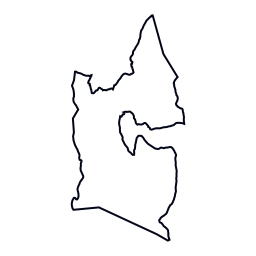 outline of San Pedro Teozacoalco, Oaxaca, Mexico
{"feature_id": "50627088B69168049256602", "entity_name": "San Pedro Teozacoalco", "entity_type": "district", "adm_level": 2, "iso_a3": "MEX", "parent_name": "Mexico", "parent_adm1": "Oaxaca", "projection": "equal_earth", "projection_center": [-97.274, 17.003], "detail": "fine", "context": "isolated", "style": "outline", "palette": "ink", "viewbox_px": 256, "rotation_deg": 0, "n_neighbors": 0, "source": "geoboundaries", "source_scale": "gbopen_adm2", "svg_char_len": 5810}
<svg xmlns="http://www.w3.org/2000/svg" viewBox="0 0 256 256"><path d="M167.9,240.6L168.8,240.1L169.5,239.8L169.4,239.2L169.0,238.6L168.7,237.4L168.4,236.3L168.3,235.2L168.4,233.1L168.2,232.2L168.0,230.3L167.4,229.3L165.3,227.2L164.5,226.8L163.6,225.9L163.1,225.1L162.3,224.1L161.8,223.4L160.9,222.7L159.8,222.3L159.4,221.7L159.2,220.0L159.9,219.3L160.7,217.9L161.5,217.2L163.2,216.0L163.9,215.6L165.9,214.0L166.6,213.2L168.3,209.0L168.7,207.8L169.9,205.8L170.4,204.9L171.7,204.1L172.3,203.1L172.9,201.9L173.3,200.7L174.0,199.4L174.3,197.9L174.9,196.1L175.0,195.1L175.3,193.5L175.6,192.6L175.9,191.6L175.8,189.5L175.6,187.6L175.9,185.9L176.1,184.0L176.4,182.0L176.5,180.3L176.2,178.4L176.5,176.8L176.5,174.4L176.5,173.3L176.7,171.3L176.6,170.5L176.0,167.1L175.7,165.8L175.7,162.1L175.5,160.7L175.3,158.6L175.4,157.5L175.6,156.9L175.9,156.1L176.1,155.3L175.9,154.4L175.4,153.2L174.7,152.0L174.0,150.4L173.9,150.3L173.4,149.5L173.2,149.3L172.4,148.1L171.7,147.5L170.6,147.0L169.3,147.1L167.8,147.5L166.2,147.5L163.7,148.2L162.9,148.0L161.9,147.7L161.1,147.6L160.2,148.0L159.6,148.5L158.4,149.0L156.4,148.8L155.9,148.6L154.9,148.4L147.8,143.7L146.9,142.6L146.2,141.9L144.3,139.6L143.8,138.6L143.2,137.7L142.2,136.6L141.5,135.9L140.4,135.8L139.3,135.8L138.4,135.8L137.6,136.9L137.0,137.6L136.5,138.7L136.4,139.7L135.9,142.0L135.6,143.5L135.3,144.2L135.1,147.1L134.9,148.9L134.5,149.4L134.1,150.2L134.1,151.2L134.2,153.2L134.1,154.8L132.7,154.9L131.3,153.5L130.7,152.7L129.7,152.1L129.0,151.5L128.3,150.7L128.1,149.9L127.8,148.6L127.6,147.9L126.4,146.4L125.4,145.3L124.1,143.1L123.6,141.9L122.9,140.6L122.5,139.6L122.4,138.9L122.7,137.8L122.5,136.9L122.2,136.2L121.4,134.8L121.4,134.2L120.9,133.8L120.1,132.5L120.0,130.5L119.9,130.1L119.9,128.9L120.0,128.1L119.8,127.1L119.6,126.1L119.4,125.4L119.2,124.4L119.1,122.5L119.2,121.8L119.4,120.3L119.7,119.1L120.2,116.2L121.4,116.6L121.5,116.4L121.7,116.2L122.0,115.9L122.4,115.5L122.6,114.5L122.9,114.4L123.2,114.5L123.6,114.3L124.2,114.0L124.3,113.5L124.4,112.9L124.5,112.3L124.5,112.1L124.1,112.3L123.9,112.2L124.8,111.9L125.3,111.7L127.2,111.9L128.1,111.8L129.1,111.6L129.8,111.6L130.4,111.8L131.2,112.5L131.7,113.0L132.3,113.3L133.1,114.4L133.5,115.3L133.9,116.4L134.0,117.3L133.9,117.7L134.0,118.4L134.6,118.9L135.1,119.6L135.5,121.1L135.6,121.8L135.7,122.4L136.1,123.4L136.9,124.2L137.3,124.6L138.2,124.2L139.3,124.3L140.5,124.5L141.6,124.5L143.0,124.0L143.7,123.4L144.4,123.0L145.2,123.0L146.3,123.7L146.7,124.4L147.2,124.9L147.7,125.5L148.1,125.8L148.2,126.9L149.5,127.5L149.8,128.0L150.0,128.8L150.2,129.2L151.7,129.7L153.0,129.2L155.7,128.3L156.6,128.4L157.4,128.2L158.9,128.4L160.4,128.2L161.6,127.9L162.7,127.5L164.2,127.2L165.1,127.3L165.9,127.1L167.1,126.9L168.4,126.5L169.8,126.2L170.6,126.2L171.5,125.7L172.8,125.4L173.9,124.9L175.1,123.9L176.2,123.0L177.9,122.8L180.2,122.9L182.4,123.2L184.2,123.9L184.2,123.2L183.9,121.3L183.8,120.1L183.8,119.1L184.0,116.9L183.6,115.4L183.5,113.9L183.3,112.9L183.0,112.2L182.9,111.5L182.6,109.4L182.2,108.8L181.6,108.5L180.6,108.4L179.8,107.9L178.8,107.3L178.2,107.0L177.7,106.7L176.9,105.5L176.2,104.9L176.0,103.6L176.6,102.2L177.5,100.1L177.8,98.0L177.4,96.3L176.5,95.3L176.2,93.7L175.8,92.6L175.5,91.5L175.4,89.9L174.6,87.3L174.2,86.4L174.2,85.4L174.1,84.2L173.7,83.4L174.3,81.5L174.9,80.3L175.6,79.5L176.2,78.6L177.6,77.1L163.4,54.0L152.7,15.4L152.1,15.4L151.3,15.8L151.1,16.5L149.9,17.2L148.2,18.9L146.4,20.7L145.6,22.3L144.9,23.5L144.3,24.6L143.5,25.9L143.1,27.2L142.5,28.5L141.8,29.7L141.2,30.5L140.7,32.8L140.4,34.6L140.3,36.9L139.7,39.2L139.2,39.6L138.5,42.7L138.1,43.5L136.4,46.2L135.5,47.7L134.6,49.5L133.8,50.5L133.4,51.1L133.0,51.8L133.0,53.4L132.6,54.7L132.1,55.4L131.4,56.1L130.8,57.0L130.4,58.1L130.5,59.8L130.9,60.0L131.1,60.9L131.7,61.5L132.3,61.9L132.4,62.4L132.0,62.8L132.1,63.8L131.2,64.1L131.2,64.8L131.6,66.7L132.1,66.9L132.4,68.5L133.0,70.2L133.5,72.5L133.0,73.2L132.4,73.5L131.6,73.8L131.0,74.0L129.8,74.8L128.4,74.6L126.7,73.9L125.2,73.6L123.9,73.9L123.1,74.6L122.2,75.5L121.5,76.4L120.9,77.6L120.1,78.6L118.2,80.9L117.2,82.8L116.5,83.6L115.4,85.1L114.2,85.3L113.9,86.6L113.4,88.1L112.9,89.4L112.1,88.6L111.5,88.5L110.9,88.5L109.8,89.2L108.8,89.2L107.8,89.6L106.9,89.9L106.5,90.3L104.6,90.0L103.8,90.0L102.9,90.3L102.6,89.7L100.0,87.9L99.3,87.7L98.8,88.0L98.2,88.9L97.5,90.1L97.0,90.4L96.2,90.4L95.1,91.7L93.7,93.2L93.2,93.2L92.8,93.2L92.3,93.2L91.8,93.0L91.7,92.6L91.3,90.0L90.7,88.4L90.6,87.7L90.1,85.2L89.7,85.2L89.7,84.5L89.7,83.8L88.3,83.2L88.2,82.7L88.7,80.9L89.2,80.4L89.9,78.7L90.3,78.3L90.4,77.5L90.9,76.6L91.4,75.9L91.5,75.1L90.9,75.3L90.5,75.7L89.5,76.1L88.7,75.7L87.8,75.7L87.0,75.8L86.1,75.7L85.2,75.5L84.4,75.1L83.3,74.9L82.2,74.1L81.3,73.7L80.2,73.3L79.4,73.1L78.6,72.9L77.8,72.8L77.2,72.5L76.6,71.9L75.9,71.6L75.0,71.7L75.0,71.9L74.0,80.2L72.0,85.7L72.6,87.4L73.0,88.4L73.4,89.6L73.6,90.8L73.8,92.1L74.0,94.4L73.9,95.1L74.0,96.6L73.4,97.9L73.3,99.1L73.6,101.7L74.2,102.7L74.6,103.5L75.3,104.5L76.0,105.3L78.2,109.5L72.9,118.5L73.9,132.5L73.1,136.2L73.2,137.4L73.4,138.6L73.5,140.3L73.9,141.5L74.8,144.5L75.3,145.6L75.9,146.8L76.5,148.0L77.3,149.3L77.8,150.7L78.3,152.1L78.9,153.2L79.4,154.6L79.5,155.4L79.2,157.5L79.4,159.0L79.7,159.8L80.3,160.2L81.1,160.2L81.6,160.9L81.3,162.1L80.9,162.8L80.8,163.9L80.9,165.8L80.6,167.4L80.5,168.5L80.8,170.8L81.3,171.8L82.0,173.3L82.6,174.7L83.2,176.0L83.3,177.1L82.9,178.0L81.9,179.5L81.0,180.6L80.4,181.6L79.7,182.9L79.3,184.4L78.5,185.8L77.8,187.8L77.5,189.0L77.6,190.4L78.1,191.8L78.5,194.4L78.5,195.6L78.5,196.5L78.1,197.7L77.6,198.7L77.3,199.3L76.8,199.5L76.4,199.4L75.9,199.1L75.2,198.0L74.6,197.8L74.0,197.8L73.7,198.1L73.4,198.7L73.1,199.2L72.6,200.0L72.1,201.7L71.8,203.3L71.8,204.8L71.9,205.8L72.1,206.7L72.3,207.6L72.6,208.4L73.5,209.8L98.9,207.4L156.7,234.2L167.9,240.6Z" fill="none" stroke="#020617" stroke-width="2"/></svg>